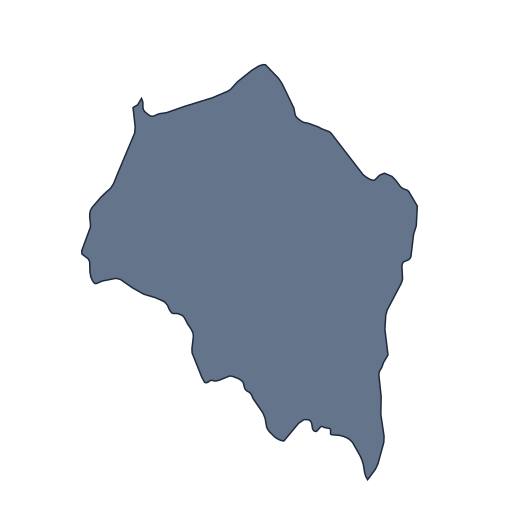 an SVG outline of Samangan, rotated 285°
{"feature_id": "AFG-1773", "entity_name": "Samangan", "entity_type": "Province", "adm_level": 1, "iso_a3": "AFG", "parent_name": "Afghanistan", "parent_adm1": "", "projection": "robinson", "projection_center": [67.514, 36.0], "detail": "fine", "context": "isolated", "style": "filled", "palette": "slate", "viewbox_px": 512, "rotation_deg": 285, "n_neighbors": 0, "source": "natural_earth", "source_scale": "10m", "svg_char_len": 2849}
<svg xmlns="http://www.w3.org/2000/svg" viewBox="0 0 512 512"><g transform="rotate(285 256 256)"><path d="M257.3,84.3L260.4,85.1L272.9,91.1L279.8,95.3L281.1,96.3L284.0,98.1L289.0,99.7L299.7,101.0L343.5,107.0L349.7,105.8L367.5,98.8L371.4,102.6L378.6,104.6L375.4,106.9L370.3,108.3L368.5,109.2L367.1,110.5L366.2,112.0L364.6,115.5L363.9,117.9L364.1,119.5L364.7,121.0L367.9,125.0L368.8,126.6L370.5,130.7L371.5,132.8L382.2,148.5L397.5,172.8L407.9,186.1L410.3,188.3L419.6,193.1L434.3,203.9L439.7,209.0L441.1,210.7L442.7,213.4L443.2,215.6L433.5,231.7L429.2,236.6L408.7,254.3L402.1,257.5L400.6,259.1L399.6,260.9L398.1,264.5L397.6,266.2L397.4,267.8L397.7,271.5L397.7,273.1L396.7,283.3L395.9,286.4L395.0,294.9L394.1,296.7L362.4,338.2L360.8,341.8L359.7,345.5L359.5,347.2L359.4,348.5L359.9,350.9L365.6,354.2L366.6,355.1L369.2,358.6L368.1,366.6L365.2,371.5L360.3,377.7L359.3,380.2L358.9,382.5L358.7,385.1L357.9,386.8L346.0,398.9L326.6,403.0L317.7,402.6L295.7,405.8L294.0,405.6L292.2,404.6L291.0,403.4L289.2,400.8L288.1,399.8L286.4,399.4L284.2,399.5L272.2,403.4L269.8,403.6L266.9,403.3L237.7,396.7L232.2,396.7L218.5,399.5L194.6,409.1L186.0,406.7L181.5,406.4L178.8,405.8L177.5,405.3L175.6,405.1L173.1,405.4L152.5,413.3L135.2,417.6L115.2,426.3L109.1,427.7L86.9,427.6L80.8,426.5L68.8,421.7L71.5,419.1L74.9,417.0L82.0,413.8L86.1,411.3L89.9,408.3L100.4,398.0L101.7,396.2L102.7,394.3L103.5,392.4L104.0,390.1L104.4,387.1L104.4,384.8L104.3,382.9L103.1,376.1L103.0,375.0L103.1,374.5L103.5,374.1L104.3,373.8L107.3,373.0L108.0,372.8L108.3,372.0L108.4,371.0L108.1,367.5L108.1,366.1L108.5,363.9L108.2,363.2L107.4,362.5L102.5,360.0L101.9,359.0L102.1,357.3L102.9,356.1L104.0,355.2L108.1,353.4L109.4,352.6L110.2,351.8L110.8,351.0L111.1,350.2L111.3,349.5L111.2,348.8L111.1,347.7L110.4,344.7L105.4,340.4L84.5,330.8L84.3,327.9L84.6,325.7L85.1,323.4L86.0,321.0L89.7,314.5L91.3,312.5L93.4,310.6L101.6,306.8L106.2,303.3L114.7,293.4L117.6,290.0L120.4,287.9L121.6,286.6L122.6,284.9L123.3,282.1L124.2,280.3L125.9,278.9L129.5,277.0L130.9,275.9L132.1,273.7L133.0,270.7L133.6,265.5L133.6,263.1L133.0,261.2L127.0,253.3L125.6,251.1L124.8,249.3L124.6,248.8L124.5,246.0L124.3,245.0L124.0,244.2L123.5,243.7L122.1,242.7L121.3,241.8L120.8,241.0L120.6,240.1L120.6,239.6L120.6,239.1L125.0,234.9L145.8,219.4L149.9,218.1L161.6,216.4L164.7,215.4L166.5,214.1L168.7,212.1L172.4,207.8L177.0,203.6L178.5,202.0L179.6,200.0L180.0,196.4L180.0,194.7L179.6,192.9L179.2,191.7L179.0,190.8L179.2,189.5L180.1,188.0L182.1,185.9L185.6,183.2L187.1,181.0L188.1,179.3L189.7,169.7L190.0,157.8L193.2,145.1L198.3,131.0L198.2,128.1L198.0,126.1L192.1,114.1L188.3,109.2L187.9,108.5L187.8,107.9L187.8,107.2L188.2,106.6L188.9,105.5L190.8,103.6L193.0,101.9L197.4,99.8L207.4,96.8L209.8,94.7L212.8,87.4L216.0,86.3L241.0,88.6L244.1,87.8L250.4,85.3L253.7,84.5L257.3,84.3Z" fill="#64748b" stroke="#1e293b" stroke-width="1.5"/></g></svg>